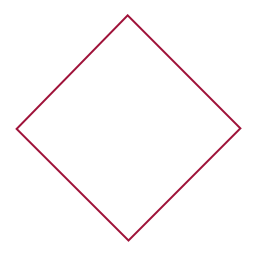 outline of King, Texas, United States of America, rotated 225°
{"feature_id": "52423323B16867264390271", "entity_name": "King", "entity_type": "district", "adm_level": 2, "iso_a3": "USA", "parent_name": "United States of America", "parent_adm1": "Texas", "projection": "robinson", "projection_center": [-100.265, 33.617], "detail": "fine", "context": "isolated", "style": "outline", "palette": "rose", "viewbox_px": 256, "rotation_deg": 225, "n_neighbors": 0, "source": "geoboundaries", "source_scale": "gbopen_adm2", "svg_char_len": 232}
<svg xmlns="http://www.w3.org/2000/svg" viewBox="0 0 256 256"><g transform="rotate(225 128 128)"><path d="M48.3,207.2L207.9,207.4L206.1,48.6L190.4,48.6L48.1,48.8L48.3,207.2Z" fill="none" stroke="#9f1239" stroke-width="2"/></g></svg>